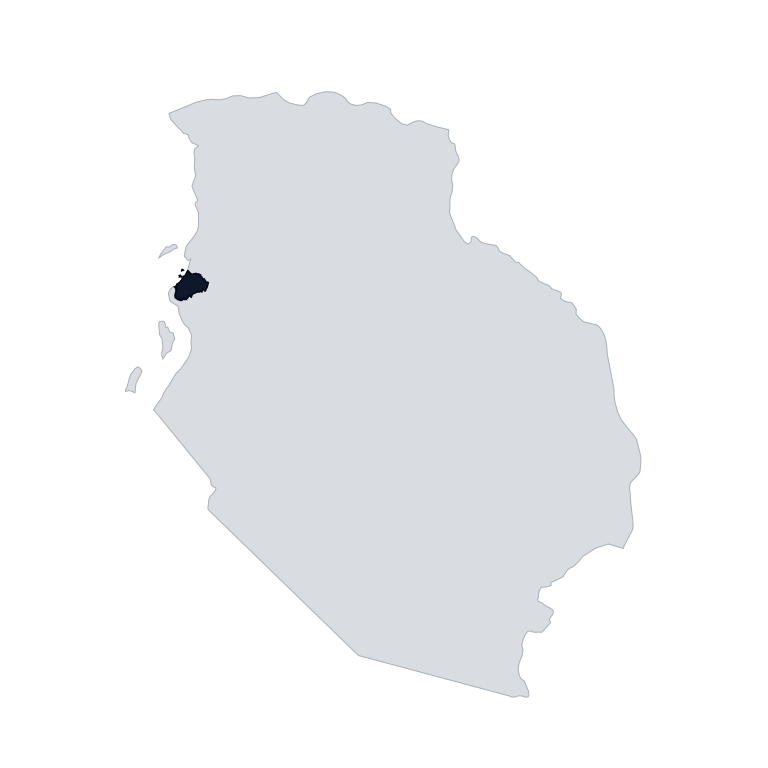 location of Mkuranga, Pwani, United Republic of Tanzania, rotated 195°
{"feature_id": "72390352B89793068246762", "entity_name": "Mkuranga", "entity_type": "district", "adm_level": 2, "iso_a3": "TZA", "parent_name": "United Republic of Tanzania", "parent_adm1": "Pwani", "projection": "mercator", "projection_center": [39.178, -7.246], "detail": "fine", "context": "in_parent", "style": "filled", "palette": "ink", "viewbox_px": 768, "rotation_deg": 195, "n_neighbors": 0, "source": "geoboundaries", "source_scale": "gbopen_adm2", "svg_char_len": 8410}
<svg xmlns="http://www.w3.org/2000/svg" viewBox="0 0 768 768"><g transform="rotate(195 384 384)"><path d="M285.6,536.2L277.5,531.9L270.1,529.3L264.0,526.4L261.3,523.5L255.7,522.4L250.8,522.0L246.2,519.3L236.9,518.4L235.9,516.6L235.7,512.7L234.1,511.7L230.7,510.7L227.0,510.7L224.8,511.3L223.5,511.0L220.4,508.7L217.6,505.8L216.6,501.2L212.3,498.2L207.4,495.8L193.7,496.1L191.6,495.3L188.3,493.0L184.5,489.1L181.5,484.6L178.8,478.6L176.0,470.5L160.3,438.1L158.7,432.0L155.7,425.2L150.6,416.8L145.3,410.7L138.1,405.1L130.0,399.5L125.6,395.7L117.2,380.5L115.4,373.4L114.1,366.0L114.7,363.0L119.9,353.5L120.5,350.9L119.8,347.3L117.2,339.7L113.9,330.5L107.3,313.8L106.3,309.6L106.4,306.5L110.3,289.5L110.3,287.1L126.0,287.5L137.4,280.0L147.4,268.9L149.4,264.3L153.4,257.2L157.4,253.7L158.9,251.2L161.2,244.1L166.5,239.3L171.5,235.6L170.5,233.0L171.3,232.1L174.0,230.2L179.4,228.4L180.5,224.7L180.5,220.5L179.6,218.2L179.8,215.5L178.9,214.0L175.4,213.6L170.2,211.5L165.7,210.6L162.8,209.4L161.7,208.5L161.2,205.9L163.6,199.5L161.2,196.8L166.7,186.1L167.6,184.8L169.6,184.6L172.8,183.5L175.7,183.0L178.1,183.4L179.8,182.9L181.4,181.7L182.7,178.1L183.7,172.0L183.2,167.0L180.9,163.2L180.3,157.4L181.3,149.5L180.6,143.0L178.0,137.8L175.5,134.7L171.5,133.3L165.4,125.3L163.5,121.5L163.8,119.1L166.0,118.1L169.9,118.4L173.6,117.5L177.0,115.3L180.4,114.7L182.2,115.1L338.4,115.1L521.1,217.0L521.9,218.2L523.3,227.0L523.0,230.0L520.2,235.1L519.4,237.7L519.3,239.5L520.0,240.3L522.4,240.5L524.5,241.7L525.2,242.7L526.8,246.5L528.8,248.4L598.2,298.5L599.8,299.3L598.8,303.5L594.9,313.7L594.6,318.0L593.1,323.0L591.6,326.3L587.6,340.6L584.3,346.0L579.7,358.6L579.0,368.3L581.5,375.0L582.4,381.4L587.8,387.6L592.1,389.8L595.0,392.6L600.1,399.1L603.0,405.6L612.3,408.8L615.9,416.1L614.6,421.2L610.3,425.3L606.3,432.1L603.1,441.0L603.0,454.5L605.2,452.5L610.1,455.8L610.7,465.8L605.7,477.5L604.1,482.9L603.9,487.6L607.5,501.5L613.1,508.7L612.7,510.9L611.2,512.8L620.7,525.3L619.9,536.3L623.5,544.8L625.0,552.3L627.3,557.9L627.8,561.9L624.9,566.2L631.8,567.3L635.8,570.8L637.8,574.3L642.7,574.1L645.4,576.4L649.3,578.4L658.0,584.1L660.3,587.0L661.7,589.7L638.0,607.8L629.5,612.4L623.3,614.6L616.8,615.8L610.6,618.6L604.8,623.1L597.2,625.4L588.1,625.4L578.5,628.5L563.4,637.9L554.6,632.7L547.7,631.0L539.7,631.2L534.9,631.9L533.2,633.0L531.6,636.1L530.4,641.4L525.1,646.4L516.0,651.2L507.6,653.0L499.9,651.8L494.7,649.8L492.0,647.0L488.0,645.7L482.7,645.9L477.6,647.9L472.8,651.7L465.0,653.3L454.4,652.8L448.7,651.0L447.9,647.9L443.3,644.2L434.7,640.0L428.5,639.9L424.4,643.9L420.8,646.5L417.4,647.5L414.5,647.6L410.2,646.5L398.4,646.1L387.3,646.3L386.2,640.4L383.9,636.9L381.9,634.8L378.0,634.2L377.0,632.6L375.7,629.0L373.8,625.9L371.3,623.3L369.8,621.0L369.3,618.8L369.7,616.4L372.0,610.4L372.7,606.3L372.4,602.2L371.2,597.9L368.6,592.8L368.8,591.3L368.0,587.8L367.9,585.4L368.4,582.4L367.9,578.4L365.6,569.9L365.6,567.7L363.2,563.6L355.8,553.9L355.5,552.6L343.9,542.8L339.2,540.7L337.6,542.5L336.9,544.2L337.4,547.3L337.1,548.9L336.7,549.6L333.9,549.5L332.2,549.1L327.8,546.5L324.4,545.8L315.9,546.3L312.9,546.9L310.6,546.3L306.1,541.9L300.8,540.9L296.1,540.7L288.3,535.6L285.6,536.2ZM613.5,373.5L617.3,384.2L616.8,386.2L614.1,387.4L612.7,387.5L611.0,385.8L609.8,382.2L607.8,383.1L604.3,378.8L600.9,378.6L597.8,373.4L599.0,368.9L598.3,361.3L602.0,357.4L604.1,350.8L606.5,355.3L607.1,362.3L610.3,370.6L613.5,373.5ZM631.8,310.0L632.1,312.5L631.4,314.9L631.5,322.4L631.2,327.5L628.4,334.4L626.1,336.9L624.0,336.2L622.3,335.0L621.0,333.1L623.7,320.4L622.3,311.0L627.6,311.9L631.8,310.0ZM624.2,464.1L621.5,464.7L620.4,464.1L618.8,462.0L621.7,460.2L624.4,456.7L630.9,451.6L633.9,447.6L633.5,451.5L629.8,460.2L626.7,460.8L624.2,464.1Z" fill="#d9dde1" stroke="#a8b0b8" stroke-width="1"/><path d="M592.7,418.0L592.6,418.3L592.5,418.9L592.4,419.2L592.4,419.8L592.5,420.1L592.6,420.7L592.2,421.1L591.8,421.4L591.7,421.6L591.5,421.9L591.4,422.0L591.2,422.3L590.4,422.6L590.2,422.8L589.9,423.1L589.7,423.4L589.5,423.6L589.4,423.6L589.2,423.8L588.9,424.1L588.8,424.4L588.5,424.5L588.4,424.5L588.2,424.7L588.2,424.8L587.9,424.7L587.9,424.9L587.7,425.0L587.4,425.0L587.2,425.0L586.9,425.2L586.7,425.2L586.7,425.3L586.5,425.2L586.5,425.3L586.4,425.2L586.2,425.3L586.1,425.2L585.6,425.7L585.5,425.8L585.1,425.8L584.7,426.0L584.3,426.0L583.8,425.8L583.7,426.2L583.6,427.3L583.5,427.6L583.6,427.8L583.6,428.0L583.6,428.5L583.5,428.8L583.2,428.6L582.9,428.7L582.7,428.5L582.4,428.3L582.1,428.1L581.7,427.8L581.0,427.4L580.9,427.4L580.7,427.7L580.5,428.4L580.6,429.1L580.5,429.5L579.9,431.3L580.0,431.4L579.9,431.8L579.9,433.5L579.9,434.3L579.9,435.8L580.0,436.6L581.3,436.6L582.2,436.5L582.5,436.8L582.8,436.9L582.9,437.0L583.0,437.3L583.3,437.5L583.7,437.6L583.8,437.7L584.3,438.6L584.6,438.6L585.0,438.8L585.0,439.0L585.4,439.0L585.7,438.7L586.1,438.6L586.6,438.6L586.9,439.2L587.2,439.5L587.5,439.9L587.8,440.2L587.8,440.3L588.7,440.6L588.9,440.8L589.1,441.0L589.2,441.3L589.6,441.4L589.8,441.5L589.7,441.6L589.8,441.6L589.8,441.9L589.9,442.0L590.4,441.9L590.9,442.2L591.0,442.1L591.4,442.2L591.6,442.2L591.8,442.2L592.0,442.3L592.4,441.9L592.6,441.9L592.8,441.8L592.9,441.7L592.9,441.8L593.0,441.8L593.3,441.8L593.5,442.0L594.2,442.2L594.7,442.0L594.9,441.9L595.0,441.6L596.5,441.1L596.8,440.8L596.8,440.6L597.1,440.4L597.5,440.4L598.3,440.5L598.7,440.6L598.9,440.6L599.0,440.6L599.3,440.5L599.6,440.8L600.2,440.8L600.2,441.2L600.3,441.3L600.6,441.4L600.6,441.5L600.9,441.7L601.1,441.8L601.3,441.9L601.7,441.8L601.9,442.0L602.3,442.4L602.3,442.5L602.6,442.4L602.9,442.6L603.4,441.2L603.7,438.9L604.1,437.8L604.3,437.2L604.6,436.6L605.7,436.2L605.9,436.1L606.0,435.9L605.9,435.5L606.3,434.8L606.3,434.6L606.2,433.9L606.3,433.9L606.2,433.7L606.2,432.7L606.6,431.8L606.7,431.5L606.3,431.1L606.9,431.3L607.0,431.2L607.2,430.7L607.2,430.2L607.7,429.2L607.8,429.1L608.0,429.0L608.3,428.5L608.7,428.0L609.0,427.5L609.1,427.4L609.2,427.5L609.4,427.5L609.6,427.4L609.9,426.8L609.9,425.8L610.1,425.1L610.5,424.3L610.7,424.1L611.0,423.9L610.8,423.9L610.7,423.7L610.8,423.6L611.1,423.4L611.0,423.1L610.9,422.9L611.2,422.7L610.8,422.9L610.6,423.0L610.5,423.3L610.4,423.3L610.3,423.2L610.4,422.8L610.3,422.7L610.0,422.6L609.9,422.5L609.7,422.5L609.5,423.1L609.4,423.1L609.1,423.3L608.9,423.1L608.9,422.8L609.0,422.6L609.0,422.4L608.9,422.3L608.8,422.1L609.0,421.8L608.9,421.6L609.1,421.5L609.5,421.1L609.4,420.7L609.2,420.6L609.1,420.2L608.9,419.6L608.3,419.3L608.3,419.1L608.6,418.7L609.0,418.4L609.1,418.1L609.1,417.9L609.0,417.7L608.6,417.0L608.7,416.9L608.9,416.6L608.8,416.4L608.9,416.0L608.9,415.4L608.8,415.2L608.7,415.2L608.7,414.8L608.4,414.8L608.0,414.8L607.9,414.7L608.0,413.9L607.9,413.4L607.9,413.2L607.4,413.2L607.2,413.5L606.6,413.3L606.3,413.1L606.3,412.9L605.8,412.8L605.9,412.6L605.6,412.5L605.4,412.5L605.2,412.5L605.0,412.4L605.0,412.2L604.8,412.2L604.7,412.3L604.3,412.5L604.5,412.7L604.3,412.8L604.3,412.7L604.1,412.8L604.1,412.6L603.9,412.5L603.9,412.4L603.7,412.4L603.6,412.2L603.2,412.5L602.9,412.4L602.7,412.7L602.5,412.3L602.4,412.1L602.1,412.0L601.9,412.1L601.7,412.1L601.4,412.3L601.1,412.4L600.9,412.4L600.7,412.6L600.6,412.8L600.5,413.1L600.4,413.2L600.4,413.3L600.2,413.5L599.9,413.7L599.9,413.8L599.9,414.1L599.8,414.3L599.7,414.5L599.4,414.5L599.3,414.4L599.1,414.4L598.9,414.2L598.6,414.0L598.3,413.9L598.2,414.0L597.9,414.2L597.8,414.6L597.6,414.5L597.3,414.6L597.2,414.6L597.4,414.8L597.4,415.4L597.2,415.4L597.1,415.6L596.8,415.7L596.6,415.8L596.6,415.7L596.4,415.7L596.3,415.8L596.2,415.8L596.3,416.0L596.2,416.3L596.2,416.6L595.9,416.8L595.7,417.0L595.7,417.3L595.6,417.6L595.6,417.8L595.4,418.0L595.4,418.5L595.2,418.6L595.0,418.9L594.9,418.9L594.9,419.0L594.7,419.1L594.5,419.4L594.4,419.4L594.4,419.6L594.1,419.4L594.1,419.2L594.2,418.8L594.3,418.7L593.0,418.0L592.9,418.1L592.7,418.0ZM609.1,434.7L608.8,434.8L608.7,434.7L608.6,434.8L608.1,435.2L607.5,435.4L607.5,435.5L607.3,435.5L607.6,435.6L608.0,435.8L608.1,435.7L608.4,435.6L608.7,435.7L608.7,435.8L608.8,436.1L609.0,435.9L609.2,435.7L609.3,436.0L609.5,435.9L609.4,435.8L609.4,435.6L609.2,435.5L609.2,435.3L609.2,435.2L609.3,435.2L609.2,435.1L609.2,434.9L609.1,435.0L609.1,434.9L609.1,434.7ZM608.5,441.3L608.5,441.2L608.2,441.5L607.7,441.8L607.3,441.8L607.1,442.0L607.5,442.2L608.0,442.4L608.0,442.2L608.4,442.4L608.5,442.4L608.8,442.2L609.0,441.8L608.9,441.6L608.7,441.5L608.7,441.3L608.5,441.3Z" fill="#0f172a" stroke="#020617" stroke-width="1.5"/></g></svg>